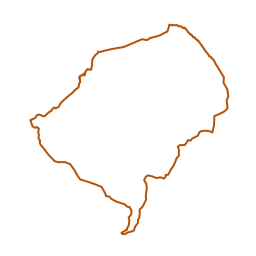 the district of Mayo-Rey, Nord, Cameroon, rotated 274°
{"feature_id": "32672807B45774164265008", "entity_name": "Mayo-Rey", "entity_type": "district", "adm_level": 2, "iso_a3": "CMR", "parent_name": "Cameroon", "parent_adm1": "Nord", "projection": "orthographic", "projection_center": [14.714, 8.186], "detail": "fine", "context": "isolated", "style": "outline", "palette": "amber", "viewbox_px": 256, "rotation_deg": 274, "n_neighbors": 0, "source": "geoboundaries", "source_scale": "gbopen_adm2", "svg_char_len": 4502}
<svg xmlns="http://www.w3.org/2000/svg" viewBox="0 0 256 256"><g transform="rotate(274 128 128)"><path d="M202.7,207.7L203.4,207.2L203.3,206.9L203.4,206.5L203.8,206.1L204.5,205.8L205.4,204.3L205.4,203.8L205.6,203.6L206.5,203.4L207.0,202.8L207.5,202.6L208.2,201.8L209.5,200.5L210.0,199.9L210.8,199.5L212.0,198.4L212.5,198.3L212.8,198.0L213.5,197.1L214.7,196.6L215.3,195.7L216.3,195.2L217.4,194.0L217.8,193.6L218.5,193.3L219.4,192.4L220.1,191.9L220.3,191.7L220.2,190.9L220.5,190.6L221.2,190.3L221.4,189.9L221.6,189.2L221.9,188.8L222.7,188.6L223.3,187.3L223.1,186.7L224.2,186.0L224.7,185.6L224.6,185.4L224.7,185.1L225.2,184.6L225.6,184.5L225.8,184.4L225.6,183.8L226.3,182.8L226.6,182.6L227.4,182.2L227.9,181.1L228.3,181.0L229.4,180.1L229.8,179.6L230.1,179.1L230.9,178.6L231.5,177.8L231.7,177.7L231.8,177.7L232.1,177.3L232.1,177.0L231.8,176.6L231.6,176.2L231.8,175.6L232.7,174.5L233.2,173.1L233.1,172.4L232.8,171.9L232.8,171.7L233.3,171.1L233.8,170.3L234.1,169.1L233.9,168.7L233.8,167.1L233.8,166.5L233.6,165.8L233.8,165.1L233.5,164.6L233.5,164.1L233.9,163.5L234.0,163.1L234.0,162.7L233.5,161.9L232.4,161.8L229.6,161.2L227.8,160.7L226.9,160.3L226.4,159.7L226.0,158.7L225.4,157.7L225.1,157.4L223.9,155.2L223.4,154.7L223.0,153.9L222.1,152.1L219.7,145.2L219.6,144.4L219.4,144.2L219.1,143.4L217.7,142.1L217.3,141.0L217.0,140.0L217.1,138.8L217.6,136.4L217.6,136.1L216.6,134.1L216.1,133.1L215.6,132.1L214.4,129.7L214.1,129.2L211.7,124.4L211.0,123.1L210.5,122.2L209.9,120.9L209.6,120.1L208.8,118.7L208.4,117.8L207.1,112.1L206.8,111.0L206.4,109.4L206.1,108.4L205.7,106.6L205.5,105.9L205.2,105.1L205.0,104.4L204.7,103.3L204.2,101.9L203.8,100.5L203.8,99.9L203.4,98.9L202.9,98.3L202.8,97.3L202.6,96.6L202.2,95.9L202.0,94.7L202.0,93.5L202.0,93.0L201.9,92.8L200.4,92.5L199.1,90.9L197.7,89.8L196.9,89.3L195.4,88.5L194.6,88.1L193.6,87.6L192.8,87.6L191.9,87.8L191.4,87.8L190.6,87.6L189.8,87.6L189.4,87.6L188.6,87.9L187.7,87.8L185.4,87.2L184.8,87.1L184.7,87.1L183.9,87.3L183.6,87.0L183.5,86.4L183.7,84.7L184.0,83.9L183.8,83.5L182.9,82.6L182.6,82.6L181.2,82.0L180.8,81.4L180.2,81.3L179.4,81.5L178.7,81.5L177.5,80.8L177.9,80.3L178.7,79.7L177.9,79.0L177.5,78.6L177.2,78.5L177.1,78.2L177.2,77.7L176.7,76.5L176.5,76.4L175.9,76.3L175.3,76.0L175.1,76.1L175.0,76.3L174.5,75.8L174.0,76.3L173.5,76.2L173.4,76.2L173.2,76.3L172.6,76.9L171.4,76.8L170.9,77.0L170.3,77.0L169.2,76.2L168.5,76.2L167.7,76.0L166.1,75.9L165.7,76.0L164.6,75.4L163.4,73.7L162.6,73.1L161.7,71.9L160.1,70.8L158.8,69.7L157.1,67.8L156.5,67.0L156.0,66.6L155.7,66.4L155.0,65.6L154.2,64.6L153.7,64.4L151.3,61.9L150.2,61.0L148.8,59.5L147.8,59.1L146.9,58.4L146.1,58.1L145.0,58.0L144.7,57.8L144.2,57.3L142.6,54.6L142.6,54.2L143.3,53.3L143.3,52.9L142.8,52.2L141.8,51.5L141.6,51.2L140.9,50.9L140.2,50.4L139.7,50.3L139.4,50.0L138.9,48.9L138.6,48.5L138.2,47.9L137.3,47.2L137.1,46.8L136.7,46.7L136.0,45.8L135.0,45.1L134.1,44.2L133.8,43.3L133.9,42.1L134.0,41.8L134.1,41.5L134.9,39.9L134.9,39.3L135.1,38.3L135.1,37.8L134.5,36.6L133.8,35.9L132.0,35.0L131.2,34.1L130.6,33.2L130.3,32.4L130.1,32.1L129.8,31.4L128.9,30.1L127.9,30.6L125.8,31.4L123.0,32.6L121.8,35.2L122.5,37.2L121.2,39.0L117.2,38.8L114.3,39.7L113.2,39.5L112.4,39.3L110.8,39.7L109.5,41.1L106.6,41.1L104.8,42.3L104.5,42.7L102.2,44.9L101.6,45.4L96.0,50.3L89.9,57.0L89.0,60.6L89.6,67.4L87.9,72.8L82.3,77.5L81.4,78.1L76.7,81.0L76.2,81.5L73.4,83.9L71.0,93.7L69.5,99.4L67.4,105.8L60.9,110.0L58.6,110.8L58.2,114.1L56.0,116.6L53.7,121.6L51.6,130.2L49.6,132.4L49.1,135.2L45.3,137.4L41.5,137.0L38.9,134.9L36.3,135.8L30.8,135.5L27.6,133.9L26.5,134.1L23.9,130.1L22.9,129.0L21.9,129.7L22.0,132.5L24.0,135.4L24.6,137.9L26.2,141.0L29.9,141.9L34.3,144.6L37.0,144.4L39.3,145.5L42.3,145.6L44.0,145.7L44.8,145.5L47.6,145.3L49.9,147.6L51.4,148.4L57.8,151.1L61.1,150.5L62.3,150.6L69.8,150.9L73.5,150.2L76.1,148.3L77.7,147.8L80.3,149.1L82.1,151.1L81.5,155.3L80.0,160.2L81.0,163.2L81.0,164.4L80.1,167.2L81.2,168.4L81.7,168.8L83.6,168.8L84.3,171.3L85.9,172.1L89.7,173.8L93.2,175.8L96.3,177.1L101.5,178.7L103.8,180.6L110.2,180.3L112.7,179.0L114.4,180.6L115.0,185.8L117.9,187.7L120.1,188.7L119.8,191.2L121.7,192.6L122.1,192.9L125.2,198.3L128.7,199.5L129.9,201.2L130.7,205.0L130.7,208.7L130.4,209.6L129.6,212.5L136.4,213.6L141.0,213.5L145.9,213.3L148.3,218.1L149.5,220.1L150.8,222.3L151.9,223.6L152.7,224.5L154.7,225.9L162.6,224.5L166.5,225.9L166.9,225.8L173.6,224.3L174.1,224.0L179.8,220.1L185.3,220.1L185.6,219.9L194.3,213.7L195.5,212.9L198.4,210.8L200.7,209.4L202.6,207.9L202.7,207.7Z" fill="none" stroke="#b45309" stroke-width="2"/></g></svg>